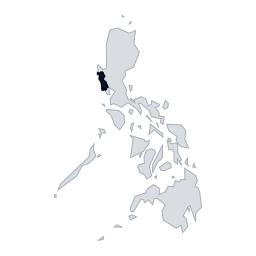 Zambales, Zambales, Philippines (highlighted)
{"feature_id": "2640588B17055181338626", "entity_name": "Zambales", "entity_type": "district", "adm_level": 2, "iso_a3": "PHL", "parent_name": "Philippines", "parent_adm1": "Zambales", "projection": "mercator", "projection_center": [120.051, 15.306], "detail": "fine", "context": "in_parent", "style": "filled", "palette": "ink", "viewbox_px": 256, "rotation_deg": 0, "n_neighbors": 0, "source": "geoboundaries", "source_scale": "gbopen_adm2", "svg_char_len": 6484}
<svg xmlns="http://www.w3.org/2000/svg" viewBox="0 0 256 256"><path d="M117.7,28.1L129.1,33.2L135.5,30.6L133.8,43.4L139.4,52.1L133.5,67.1L125.2,71.1L125.4,75.3L122.1,80.8L126.8,90.1L125.7,92.6L127.9,99.1L134.7,102.9L134.5,99.4L141.0,96.7L145.8,98.8L148.3,105.7L151.3,104.3L151.7,100.8L159.3,104.3L159.1,106.2L155.2,107.3L159.3,113.3L158.8,115.8L164.3,117.0L163.0,124.3L160.2,122.4L161.3,118.8L151.5,116.8L149.3,110.6L140.6,103.2L138.6,103.5L141.7,111.3L140.6,114.5L137.2,109.3L128.0,102.7L121.4,107.3L113.7,103.6L110.6,104.8L110.2,98.8L115.2,91.6L109.7,87.8L109.8,94.1L107.5,94.6L104.6,89.2L102.1,88.3L97.3,66.0L98.2,64.8L103.2,69.3L106.4,68.3L106.3,43.8L110.0,29.8L117.7,28.1ZM184.6,168.2L195.7,175.7L197.4,180.7L194.9,186.2L198.3,188.0L199.7,192.3L201.6,207.1L195.7,213.2L195.6,221.5L190.0,205.8L188.0,206.8L183.2,215.7L186.4,219.1L187.6,226.6L182.7,232.5L180.9,225.2L176.3,228.2L163.3,220.1L161.9,211.0L165.2,204.8L157.0,198.3L154.3,198.4L152.7,204.6L148.2,200.1L144.4,202.7L143.6,199.7L140.9,199.1L133.6,211.7L130.9,211.4L130.3,207.8L135.2,196.3L145.4,193.0L147.5,188.7L153.4,184.6L159.8,188.7L159.0,194.7L165.1,191.9L168.3,186.2L173.3,186.7L175.4,180.4L179.6,182.0L180.6,179.5L185.0,179.7L184.6,168.2ZM151.7,175.7L146.7,179.0L144.7,175.0L140.1,172.5L137.6,167.2L138.7,165.0L144.5,163.1L144.0,156.6L146.5,150.6L150.7,148.9L154.6,150.0L155.5,152.3L149.2,166.5L151.7,175.7ZM181.1,124.9L185.6,130.2L184.9,139.6L188.7,148.1L181.0,146.6L177.9,143.5L176.1,140.1L177.3,136.9L168.9,130.8L166.6,124.3L181.1,124.9ZM130.2,135.5L144.3,139.5L145.1,141.9L149.2,140.5L148.6,144.4L143.2,151.6L130.7,157.5L133.0,138.8L130.2,135.5ZM76.8,176.0L58.2,189.8L60.2,184.4L88.9,157.0L90.2,149.3L94.0,143.9L93.5,149.6L96.0,156.6L88.4,163.5L82.1,165.7L76.8,176.0ZM106.9,109.4L119.2,110.7L124.1,115.5L124.4,123.2L119.7,129.8L114.9,125.2L110.8,114.9L106.0,111.0L106.9,109.4ZM170.9,143.5L176.3,143.0L177.8,145.5L177.6,152.2L181.5,159.6L179.6,161.5L177.2,158.7L177.8,163.9L174.0,161.8L174.1,152.3L172.2,149.4L168.9,150.0L167.1,140.5L170.9,143.5ZM152.4,173.0L152.7,164.9L162.7,144.6L162.2,158.2L157.5,162.4L152.4,173.0ZM171.2,167.7L164.0,170.7L161.1,170.3L159.3,167.3L167.2,161.9L170.9,164.0L171.2,167.7ZM150.4,124.1L162.7,133.7L162.8,137.1L154.0,129.8L149.2,134.4L150.4,124.1ZM167.5,107.6L164.8,109.1L162.7,107.1L165.5,100.5L168.5,103.8L167.5,107.6ZM136.4,217.0L130.8,219.9L128.9,216.1L132.3,214.9L136.4,217.0ZM99.0,128.5L104.3,129.8L105.6,133.0L101.0,133.1L99.0,128.5ZM130.1,109.0L133.2,110.2L131.5,114.3L128.8,112.3L130.1,109.0ZM116.7,224.8L122.4,227.2L114.2,227.0L116.7,224.8ZM188.0,165.8L185.0,162.6L187.6,157.6L187.3,160.6L188.0,165.8ZM133.7,123.0L131.7,131.6L130.3,128.0L131.5,123.8L133.7,123.0ZM103.3,236.6L103.7,239.1L98.1,240.6L103.3,236.6ZM132.0,85.9L131.8,89.7L130.4,91.4L129.0,85.3L132.0,85.9ZM142.2,152.9L139.7,157.8L139.7,155.0L142.2,152.9ZM101.3,134.5L100.0,138.0L98.7,133.9L101.3,134.5ZM171.4,141.2L169.5,141.3L167.6,138.4L169.9,138.1L171.4,141.2ZM140.7,125.5L140.7,128.7L137.9,126.1L140.7,125.5ZM195.4,167.5L192.6,166.9L193.9,163.5L195.4,167.5ZM147.4,115.7L152.4,122.2L146.1,115.8L147.4,115.7ZM100.9,155.5L97.6,157.3L98.5,154.5L100.9,155.5ZM156.8,175.6L156.2,178.4L154.3,177.0L156.8,175.6ZM157.6,123.6L158.7,127.5L156.3,122.6L157.6,123.6ZM56.1,197.2L54.4,197.1L54.7,194.7L56.0,194.4L56.1,197.2ZM174.4,177.7L172.3,177.9L172.1,176.5L173.4,176.2L174.4,177.7ZM189.4,211.5L187.9,209.8L188.3,208.0L189.4,208.9L189.4,211.5ZM104.0,104.6L105.0,106.8L102.4,104.2L104.0,104.6ZM180.9,162.6L181.8,165.5L179.4,162.0L180.9,162.6ZM131.3,22.5L128.8,24.4L130.6,21.7L131.3,22.5ZM134.1,101.0L130.8,99.3L130.8,98.1L134.1,101.0ZM122.1,15.4L124.3,17.4L121.9,16.1L122.1,15.4Z" fill="#d9dde1" stroke="#a8b0b8" stroke-width="1"/><path d="M107.9,87.2L107.7,86.6L107.4,86.5L107.5,86.4L107.3,86.3L107.3,86.2L107.2,86.2L107.3,85.3L107.0,84.8L106.4,84.2L106.3,83.8L106.4,83.3L105.9,82.2L105.1,81.3L103.3,80.2L103.4,79.0L103.7,77.7L104.2,76.8L104.8,76.4L104.1,75.0L103.9,74.9L103.7,74.4L103.5,74.2L103.2,73.7L103.2,73.4L103.1,73.0L103.1,72.8L102.9,72.8L102.7,72.8L102.4,72.9L102.4,72.7L102.2,72.8L102.2,72.7L101.9,72.6L101.7,72.5L101.7,72.4L101.6,72.5L101.6,72.4L101.4,72.2L101.1,72.1L101.1,72.3L100.9,72.4L100.9,72.5L101.0,72.5L100.9,72.6L100.9,72.8L100.6,72.9L100.5,73.1L100.4,73.1L100.2,73.1L99.9,73.2L99.7,73.1L99.4,73.1L99.0,73.0L99.3,73.7L99.4,73.9L99.4,74.0L99.2,74.1L98.8,74.1L98.8,74.3L99.0,74.4L99.1,74.5L99.3,74.8L99.4,74.7L99.5,74.7L99.8,74.9L99.8,75.0L99.7,75.2L99.8,75.4L99.7,75.4L99.6,75.5L99.6,75.8L99.5,76.0L99.3,76.1L99.4,76.4L99.6,76.4L99.5,76.5L99.5,76.9L99.5,77.0L99.7,76.9L99.7,77.0L99.7,76.9L99.9,76.8L100.0,76.9L100.0,77.0L99.9,77.1L99.9,77.3L100.0,77.2L100.0,77.3L100.0,77.5L100.0,77.4L100.0,77.5L100.3,77.7L100.3,77.8L100.2,77.7L100.2,77.8L100.3,77.8L100.2,77.9L100.1,78.0L99.9,78.4L99.7,78.4L99.4,78.2L99.3,78.4L99.3,78.5L99.5,78.7L99.5,78.8L99.3,79.0L99.2,78.9L99.2,79.0L99.3,79.2L99.3,79.3L99.3,79.5L99.5,79.6L99.8,79.9L100.0,80.1L100.1,80.3L100.3,80.4L100.3,80.5L100.2,80.6L100.3,80.7L100.6,81.1L101.0,81.7L101.0,81.8L101.0,82.0L101.3,82.9L101.6,84.2L101.6,84.3L101.7,84.9L101.7,85.1L101.6,85.4L101.8,85.6L101.8,85.8L101.8,86.1L101.7,86.9L101.8,87.2L101.7,87.3L101.7,87.6L101.7,87.8L101.8,87.8L101.8,88.0L101.9,88.3L102.0,88.2L102.1,88.3L102.0,88.5L102.0,88.8L102.2,88.7L102.4,88.8L102.5,88.8L102.4,89.0L102.2,89.0L102.1,89.3L102.3,89.4L102.6,89.3L102.7,89.5L102.8,89.5L102.7,89.7L102.6,89.8L102.8,89.9L103.1,89.8L103.2,90.0L103.4,89.9L103.5,90.0L103.6,89.9L103.8,89.8L103.7,89.7L103.9,89.5L103.9,89.4L103.9,89.1L104.0,89.0L104.1,88.8L104.1,88.7L104.1,88.4L103.9,88.1L104.0,88.0L104.1,87.9L104.3,87.9L104.4,88.1L104.5,88.2L104.5,88.3L104.8,88.3L104.9,88.5L104.9,88.8L105.2,88.9L105.2,88.7L105.2,88.8L105.2,88.7L105.2,88.8L105.2,88.7L105.2,88.8L105.2,88.7L105.3,88.7L105.3,88.8L105.3,89.0L105.2,89.2L104.9,89.1L104.7,89.2L104.8,89.3L105.1,89.4L105.0,89.5L104.9,89.5L104.7,89.6L104.8,89.6L104.6,89.7L104.6,89.8L104.9,90.0L105.1,90.0L105.3,89.9L105.1,89.9L105.3,89.9L105.5,89.9L105.9,89.6L106.3,89.5L106.4,89.2L106.2,89.1L106.0,88.9L106.1,88.7L106.0,88.4L106.0,88.2L106.4,88.0L106.8,87.9L107.0,87.7L107.3,87.3L107.6,87.2L107.8,87.2L107.9,87.2ZM97.6,73.0L97.6,73.3L97.6,73.5L97.8,73.2L97.6,73.0ZM99.6,77.5L99.4,77.6L99.4,77.9L99.5,77.9L99.6,77.7L99.6,77.5ZM98.1,74.1L98.0,74.4L98.2,74.2L98.1,74.1ZM102.4,89.6L102.4,89.8L102.5,89.7L102.4,89.6ZM99.2,78.1L99.3,78.1L99.2,78.1ZM104.2,89.5L104.3,89.6L104.2,89.5ZM104.4,88.2L104.3,88.3L104.4,88.2Z" fill="#0f172a" stroke="#020617" stroke-width="1.5"/></svg>